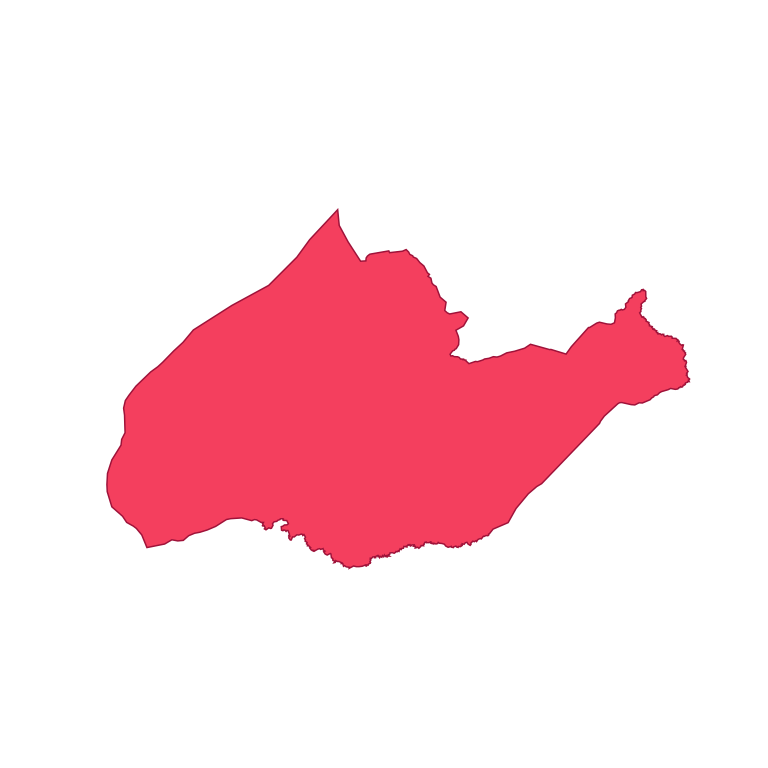 outline of East Gonja Municipal, Northern, Ghana, rotated 252°
{"feature_id": "2480657B20562210440652", "entity_name": "East Gonja Municipal", "entity_type": "district", "adm_level": 2, "iso_a3": "GHA", "parent_name": "Ghana", "parent_adm1": "Northern", "projection": "natural_earth1", "projection_center": [-1.128, 8.347], "detail": "fine", "context": "isolated", "style": "filled", "palette": "rose", "viewbox_px": 768, "rotation_deg": 252, "n_neighbors": 0, "source": "geoboundaries", "source_scale": "gbopen_adm2", "svg_char_len": 6165}
<svg xmlns="http://www.w3.org/2000/svg" viewBox="0 0 768 768"><g transform="rotate(252 384 384)"><path d="M208.1,432.2L208.4,434.2L207.6,435.9L208.1,437.0L208.9,437.0L209.1,438.1L212.3,442.9L213.8,459.2L224.8,471.1L235.0,487.3L239.3,497.6L240.5,503.1L279.9,576.8L281.7,578.4L285.4,583.6L293.0,600.3L293.4,602.3L292.9,604.4L288.0,612.7L286.6,616.1L287.3,620.8L286.1,623.9L286.8,632.2L288.0,634.3L288.5,636.5L289.4,637.5L289.2,640.7L290.6,643.4L291.0,645.7L290.8,652.5L291.2,655.2L288.9,659.4L288.5,661.9L289.4,663.3L289.1,664.2L289.9,665.1L289.0,666.2L289.1,667.1L290.4,668.4L290.1,669.3L290.6,670.5L291.5,670.6L291.8,671.2L291.9,673.1L292.4,673.5L291.9,675.0L293.6,674.7L293.8,675.9L294.4,676.2L296.4,674.8L298.1,674.9L299.0,674.3L299.8,675.5L300.7,675.1L301.9,677.0L306.7,675.9L307.4,676.5L307.7,675.8L311.1,678.4L313.0,678.3L313.2,677.0L314.0,677.1L315.1,676.3L316.4,677.0L319.0,680.1L320.3,679.9L320.5,680.3L322.0,679.5L322.5,679.9L323.2,678.9L324.0,679.1L324.7,678.3L328.6,680.8L329.0,680.2L328.7,679.2L330.6,677.8L332.8,677.2L333.4,677.9L334.4,677.2L334.3,676.3L335.4,677.1L336.3,676.0L337.1,675.9L338.5,672.2L339.8,672.5L340.6,672.1L341.4,669.3L342.4,668.7L342.4,665.8L343.7,665.0L344.8,665.4L345.3,663.9L345.0,663.2L346.5,662.0L347.0,660.0L348.4,660.3L348.5,659.4L349.6,659.0L350.4,659.8L351.2,658.5L352.6,658.2L352.4,657.5L353.0,657.3L353.1,656.7L353.8,657.0L355.0,656.1L355.7,656.8L357.4,654.4L358.2,654.9L359.9,654.4L360.6,655.0L362.7,652.7L364.0,653.2L365.5,652.7L365.8,651.8L367.2,651.8L367.5,651.0L367.9,651.1L367.9,650.0L372.7,649.1L373.5,650.7L375.3,651.2L376.1,652.2L377.5,651.8L378.4,653.0L380.6,653.2L382.1,656.6L382.0,657.6L382.6,657.7L384.2,660.2L385.9,659.9L391.1,661.5L392.6,660.7L392.7,659.4L393.8,659.7L394.0,658.1L392.6,656.5L392.7,652.8L393.3,651.5L392.1,650.2L391.7,647.6L389.6,646.6L389.4,644.0L387.6,642.0L386.8,641.9L385.5,638.4L382.2,637.7L380.7,635.7L380.8,633.4L381.7,632.7L381.2,631.0L381.6,630.5L381.4,628.6L379.8,627.1L379.2,625.5L375.4,624.5L371.0,622.1L370.6,618.4L372.2,614.6L376.2,608.0L376.2,605.1L374.2,597.1L374.5,595.9L361.6,573.7L356.2,566.4L365.3,553.4L365.5,552.2L376.5,535.6L374.6,528.8L374.8,518.4L375.7,510.3L374.6,503.5L374.7,499.8L376.2,496.4L376.0,491.9L376.7,487.3L376.3,485.4L376.3,479.9L377.2,477.9L377.1,471.1L380.6,469.1L381.4,469.3L382.0,467.8L383.0,467.5L382.8,466.6L383.3,466.5L384.2,464.4L385.9,463.8L387.1,462.5L388.4,459.1L389.7,458.0L389.9,456.3L391.9,456.0L394.3,459.5L394.4,461.4L395.1,462.1L395.3,463.6L398.3,467.1L402.9,468.9L406.4,469.4L412.9,469.0L414.7,477.6L420.8,484.4L428.9,479.5L430.3,468.1L432.2,466.1L435.1,464.5L442.6,468.3L449.3,464.2L460.6,463.7L463.1,461.6L465.3,460.8L470.1,461.3L472.8,459.1L474.2,461.1L476.3,459.7L483.9,458.4L488.4,455.6L493.3,453.8L495.7,451.1L497.1,450.9L499.3,448.6L501.9,448.2L505.0,446.6L504.6,442.6L507.2,429.9L509.1,429.7L511.7,411.7L511.8,410.5L510.8,407.8L509.4,406.0L506.7,404.8L508.0,399.7L530.1,393.8L548.6,390.4L564.1,393.8L544.3,358.0L531.5,340.3L513.4,304.8L505.7,263.5L494.3,219.4L485.7,205.7L480.4,194.2L473.1,180.3L470.3,174.2L467.6,165.9L458.6,147.4L452.2,138.1L448.2,132.9L441.5,128.9L434.5,127.6L417.7,122.7L412.4,117.4L407.1,115.0L395.9,101.7L384.4,93.4L374.0,89.4L367.1,87.5L351.3,87.2L339.0,94.5L331.9,96.5L326.3,101.7L323.1,103.9L315.3,107.0L301.7,108.0L299.6,126.0L301.4,134.1L298.5,139.4L297.3,144.8L300.1,151.4L300.6,157.8L299.9,163.1L299.8,170.8L300.6,179.9L303.8,192.3L303.3,196.6L300.6,207.3L294.9,216.0L295.1,218.8L294.2,220.8L290.3,224.4L289.6,226.5L288.8,225.4L288.0,225.7L286.8,224.6L286.3,225.0L286.2,226.2L283.8,226.6L283.2,225.5L281.8,226.7L282.8,230.0L281.6,231.6L281.6,232.4L283.9,234.8L285.6,234.8L286.9,236.9L286.5,239.6L287.2,240.9L287.2,243.2L287.8,243.7L287.1,246.3L286.6,246.6L285.9,245.9L285.3,246.4L284.2,249.3L280.7,249.9L280.0,248.2L280.7,245.8L280.0,243.6L280.1,242.2L276.6,241.4L275.7,242.6L276.1,243.5L275.6,244.6L274.1,245.3L274.7,246.2L274.3,247.4L270.4,247.7L269.1,246.5L268.4,247.4L267.9,246.3L266.9,245.9L264.6,246.7L264.3,247.6L266.8,249.7L266.3,251.4L267.5,254.5L266.7,256.3L266.8,259.0L266.3,259.8L265.0,260.0L265.6,261.3L262.6,262.0L261.4,260.6L260.0,261.2L259.0,260.4L257.1,261.9L255.9,260.9L254.9,261.8L253.8,261.2L253.5,262.3L251.2,263.6L251.0,262.7L248.5,263.6L247.6,265.4L247.3,264.8L246.5,265.7L247.4,270.0L247.3,271.9L246.3,272.6L246.3,275.2L244.9,275.0L243.3,276.2L243.1,274.8L240.5,275.5L238.9,277.1L239.4,280.5L238.8,281.0L235.0,280.3L233.9,281.3L232.0,280.9L231.6,281.7L230.3,282.2L229.5,281.2L229.4,282.5L230.9,283.6L229.7,284.6L229.0,286.4L226.9,288.7L226.4,288.0L225.9,289.3L223.2,289.2L223.5,290.2L221.8,291.6L220.3,294.5L219.5,294.0L220.3,298.8L218.8,301.3L218.0,303.8L217.4,307.0L217.6,310.4L216.6,310.5L216.3,311.1L217.3,311.6L216.6,312.9L217.5,313.5L217.8,315.6L218.5,316.1L219.3,315.6L220.6,317.0L221.2,316.6L222.5,317.1L221.9,318.1L223.0,319.8L222.6,322.0L221.7,321.4L221.4,322.4L222.5,323.0L222.9,324.7L221.7,325.0L222.3,325.8L220.2,326.2L221.2,327.2L219.9,328.4L221.3,329.5L219.8,330.3L221.2,331.5L220.3,331.7L220.1,333.3L219.3,332.4L218.5,333.7L219.2,334.6L218.7,335.9L219.8,335.1L220.3,335.6L220.2,336.7L221.5,337.5L221.0,339.8L219.9,341.4L220.4,343.2L221.0,343.6L220.3,345.1L221.0,346.1L220.2,346.6L222.3,348.4L221.3,349.3L222.1,350.0L221.8,351.7L223.4,352.7L222.0,355.3L222.9,355.3L222.7,356.0L223.7,357.3L222.8,357.9L223.4,358.3L223.3,359.1L221.7,359.4L222.3,360.8L221.8,362.8L221.3,362.3L220.7,362.9L220.5,362.2L219.7,363.7L218.4,363.0L218.3,365.6L217.0,366.4L218.1,368.8L218.9,369.3L218.0,371.5L218.6,371.4L218.9,372.5L219.4,372.4L220.8,374.0L220.6,375.3L220.0,375.2L219.2,377.8L219.5,379.6L219.1,380.0L218.2,379.3L217.2,380.6L217.5,381.2L216.5,381.9L217.0,382.4L215.8,384.0L215.7,385.7L216.6,386.6L215.5,387.4L214.4,389.9L212.9,392.0L211.0,392.5L208.9,394.5L208.8,397.8L208.0,397.7L207.0,399.4L207.6,399.9L207.6,402.3L206.4,402.8L205.7,404.0L206.5,404.5L205.7,406.5L206.2,408.2L206.9,407.8L206.9,408.8L207.9,409.0L206.8,410.7L207.9,412.3L207.8,414.0L205.9,414.4L203.9,416.1L204.6,417.2L205.8,417.4L207.1,420.0L206.1,421.1L206.6,423.1L205.6,423.4L207.1,425.4L207.3,427.6L206.6,428.7L208.5,431.5L208.1,432.2Z" fill="#f43f5e" stroke="#9f1239" stroke-width="1.5"/></g></svg>